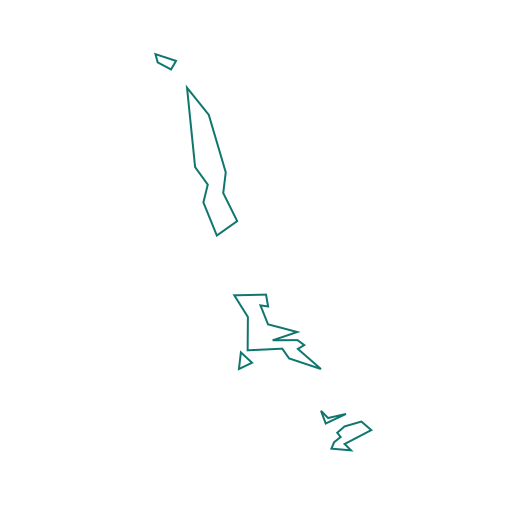 the border of Palawan, rotated 118°
{"feature_id": "PHL-2534", "entity_name": "Palawan", "entity_type": "Province", "adm_level": 1, "iso_a3": "PHL", "parent_name": "Philippines", "parent_adm1": "", "projection": "albers", "projection_center": [119.135, 9.647], "detail": "coarse", "context": "isolated", "style": "outline", "palette": "teal", "viewbox_px": 512, "rotation_deg": 118, "n_neighbors": 0, "source": "natural_earth", "source_scale": "10m", "svg_char_len": 762}
<svg xmlns="http://www.w3.org/2000/svg" viewBox="0 0 512 512"><g transform="rotate(118 256 256)"><path d="M256.3,300.2L233.4,327.6L215.6,332.1L206.1,351.5L139.8,395.9L153.5,364.0L196.3,322.0L215.8,314.5L234.0,289.0L256.3,300.2ZM300.9,256.7L285.4,229.0L294.9,221.6L297.5,228.9L310.7,213.3L303.8,184.0L322.6,201.7L310.8,179.9L312.0,171.6L318.4,175.4L325.3,145.6L330.9,178.7L325.5,189.3L343.2,219.1L313.7,234.5L300.9,256.7ZM383.0,80.9L390.7,99.0L383.7,99.6L376.1,96.3L373.9,101.3L364.9,97.8L352.7,85.2L355.6,72.5L380.4,89.5L383.0,80.9ZM353.2,102.4L371.2,115.8L362.2,125.9L365.2,116.3L353.2,102.4ZM352.1,209.4L363.8,218.0L348.2,224.1L352.1,209.4ZM131.2,418.6L131.2,433.7L125.0,439.5L121.3,418.2L131.2,418.6Z" fill="none" stroke="#0f766e" stroke-width="2"/></g></svg>